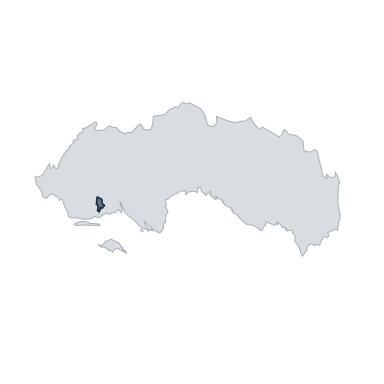 location of Vimmerby, Kalmar, Sweden, rotated 67°
{"feature_id": "70781695B52045533675939", "entity_name": "Vimmerby", "entity_type": "district", "adm_level": 2, "iso_a3": "SWE", "parent_name": "Sweden", "parent_adm1": "Kalmar", "projection": "natural_earth1", "projection_center": [15.936, 57.699], "detail": "fine", "context": "in_parent", "style": "filled", "palette": "slate", "viewbox_px": 384, "rotation_deg": 67, "n_neighbors": 0, "source": "geoboundaries", "source_scale": "gbopen_adm2", "svg_char_len": 4931}
<svg xmlns="http://www.w3.org/2000/svg" viewBox="0 0 384 384"><g transform="rotate(67 192 192)"><path d="M93.6,253.8L94.9,256.5L97.7,256.1L98.9,254.2L100.4,248.5L98.7,242.2L101.2,240.0L102.9,236.5L106.7,235.5L111.9,231.5L112.5,227.3L113.7,224.3L109.5,215.2L109.2,212.9L115.9,211.7L118.8,205.7L114.3,201.8L107.4,198.1L110.0,186.5L107.1,180.2L107.6,177.6L107.2,173.5L109.0,171.9L105.7,166.0L109.1,161.9L108.6,159.8L118.4,151.6L124.9,150.1L136.7,151.3L139.6,148.1L139.7,146.4L138.6,142.3L132.0,139.9L139.3,132.6L145.1,125.4L146.2,118.6L147.6,115.6L146.2,108.9L153.9,108.2L160.7,105.4L159.8,101.8L174.8,90.6L175.2,88.7L174.1,86.7L170.5,83.3L171.5,81.8L175.5,80.9L177.5,79.3L180.5,74.1L188.6,70.0L197.6,72.8L201.4,68.1L201.1,61.8L204.4,61.1L228.4,65.1L232.4,62.7L228.3,61.5L232.3,58.9L233.5,57.4L233.8,55.5L233.6,54.5L230.3,52.2L237.8,51.9L242.0,53.0L242.4,54.4L258.9,61.9L271.9,64.9L275.7,67.0L277.1,69.4L279.1,69.5L281.6,71.7L284.2,73.0L282.2,74.5L282.3,78.0L283.0,79.6L281.9,82.6L286.2,83.4L286.9,85.2L284.7,87.1L285.1,89.2L290.7,95.4L289.4,97.5L289.1,100.1L286.6,102.0L286.3,104.0L286.9,106.5L287.7,107.7L290.1,108.6L294.3,115.4L290.3,115.8L287.2,114.9L279.9,115.8L278.2,116.8L272.6,114.1L269.4,115.6L267.2,114.3L265.6,116.5L265.2,119.5L262.6,119.3L263.6,120.4L260.1,120.8L259.8,121.3L260.6,122.1L259.5,123.0L254.7,123.3L254.1,124.3L255.5,125.5L255.5,126.2L252.4,125.1L254.5,127.3L255.0,129.0L248.5,135.3L250.7,137.0L252.7,140.6L254.7,142.3L253.9,144.0L247.1,148.0L243.2,154.3L234.6,158.4L230.1,159.5L227.1,162.5L223.7,161.6L223.6,163.3L221.4,162.2L219.6,164.8L216.4,167.1L213.0,166.7L212.6,167.1L213.7,167.7L209.7,168.3L208.5,170.6L205.6,171.2L205.1,172.0L208.1,172.1L207.5,174.0L204.1,175.0L202.9,176.2L201.4,176.2L201.7,175.2L199.5,175.3L198.7,174.2L198.3,174.5L199.9,177.6L198.7,178.8L200.9,180.1L194.7,183.1L191.0,181.9L190.5,182.9L191.3,185.5L194.6,187.6L192.6,188.9L190.5,195.1L192.0,198.8L187.7,198.0L188.0,199.4L186.7,201.1L187.2,203.5L186.8,205.1L187.8,206.5L187.3,207.2L187.9,213.9L189.2,216.8L188.7,219.1L190.5,220.4L194.3,220.6L195.4,222.6L200.1,221.4L203.5,225.2L209.9,228.4L209.6,230.5L213.7,232.0L216.1,234.9L217.0,237.3L216.7,238.7L210.4,242.7L205.6,245.4L200.5,247.1L200.8,247.7L203.3,248.0L209.4,246.0L211.2,247.7L207.9,248.5L207.2,250.8L205.8,252.3L192.4,257.6L190.6,259.2L184.6,261.8L173.8,261.6L172.2,262.2L181.5,263.3L183.8,265.2L179.3,266.5L181.3,271.1L180.1,272.2L180.1,277.4L178.5,277.5L177.8,279.6L178.6,284.7L179.4,286.2L179.1,287.7L176.5,291.2L177.4,295.3L174.4,303.0L171.2,307.4L168.6,313.4L165.8,315.4L162.5,314.1L157.5,314.9L148.4,314.6L147.3,315.2L148.0,317.4L144.7,317.1L139.0,321.7L138.7,323.9L141.0,328.2L138.2,331.0L132.1,330.3L123.9,332.1L116.7,330.7L117.6,329.2L118.3,323.5L110.1,311.9L114.0,313.1L115.6,312.5L113.2,308.7L116.6,308.5L117.6,307.1L117.1,304.9L114.3,304.0L112.0,300.6L109.5,298.8L105.2,292.0L103.7,287.3L102.2,287.8L100.9,282.4L98.6,281.6L98.2,276.2L95.7,275.6L94.1,273.1L93.9,268.4L91.0,267.8L91.4,265.6L90.6,257.4L89.7,254.8L90.5,252.9L92.1,252.8L93.6,253.8ZM219.2,279.1L217.8,279.6L217.1,281.1L214.9,281.8L214.6,286.5L216.6,288.3L214.5,289.1L213.2,291.6L209.5,293.3L208.1,294.9L207.3,297.3L204.1,298.5L206.4,295.0L203.4,291.0L204.1,289.6L203.8,285.0L210.3,279.2L213.3,278.5L214.7,279.1L215.3,277.7L216.3,277.4L219.2,279.1ZM177.5,311.9L175.8,312.9L175.3,311.5L175.5,306.0L179.1,299.4L180.7,298.9L185.1,290.1L185.6,289.5L187.1,290.0L186.0,290.8L186.0,292.4L183.3,297.1L182.5,300.2L181.5,300.9L177.5,311.9ZM220.5,277.3L220.2,278.6L218.5,277.5L220.1,276.0L223.3,276.4L220.5,277.3ZM212.4,243.4L210.4,245.4L209.9,244.6L210.4,243.6L212.4,243.4ZM208.0,254.0L206.9,254.1L207.7,252.7L209.1,252.4L208.0,254.0Z" fill="#d9dde1" stroke="#a8b0b8" stroke-width="1"/><path d="M174.0,285.3L173.7,284.9L173.3,284.6L173.1,284.1L172.8,283.9L172.5,283.6L172.5,283.2L172.1,283.1L171.8,283.1L171.2,283.0L171.1,282.7L170.8,282.5L170.7,282.1L170.9,281.9L171.3,281.7L171.6,281.6L171.7,281.2L171.7,280.3L171.5,280.1L171.2,279.8L170.8,279.5L170.8,278.9L170.8,278.5L170.5,278.4L170.3,278.1L170.1,277.8L169.9,277.8L169.5,278.1L169.1,278.3L168.8,278.4L168.6,278.6L168.5,278.8L168.1,279.1L167.7,279.1L167.3,279.0L167.1,278.8L166.7,278.8L166.2,279.0L165.8,278.8L165.4,278.5L165.2,278.3L165.0,278.1L164.4,278.0L163.5,278.1L162.7,278.1L162.5,278.3L162.4,278.8L162.4,279.0L162.0,279.1L161.6,279.4L161.4,279.9L161.1,280.2L160.7,280.3L160.0,280.3L159.7,280.7L159.7,281.1L159.8,281.6L160.0,281.7L160.4,282.0L161.0,282.2L161.6,282.6L162.4,283.0L163.1,283.2L163.2,283.5L163.5,283.6L164.0,283.8L164.5,283.9L165.1,283.9L165.3,284.1L165.4,284.5L165.5,284.8L166.0,284.9L166.3,284.7L166.6,284.5L167.1,284.4L167.6,284.3L168.0,284.2L168.1,283.9L168.4,283.8L168.8,283.8L169.2,284.1L169.5,284.4L169.6,284.7L169.9,284.9L170.2,285.2L170.7,285.3L171.2,285.4L171.4,285.6L171.9,285.6L172.1,286.2L172.4,286.0L172.7,285.9L172.9,285.6L173.5,285.6L173.9,285.3L174.0,285.3Z" fill="#64748b" stroke="#1e293b" stroke-width="1.5"/></g></svg>